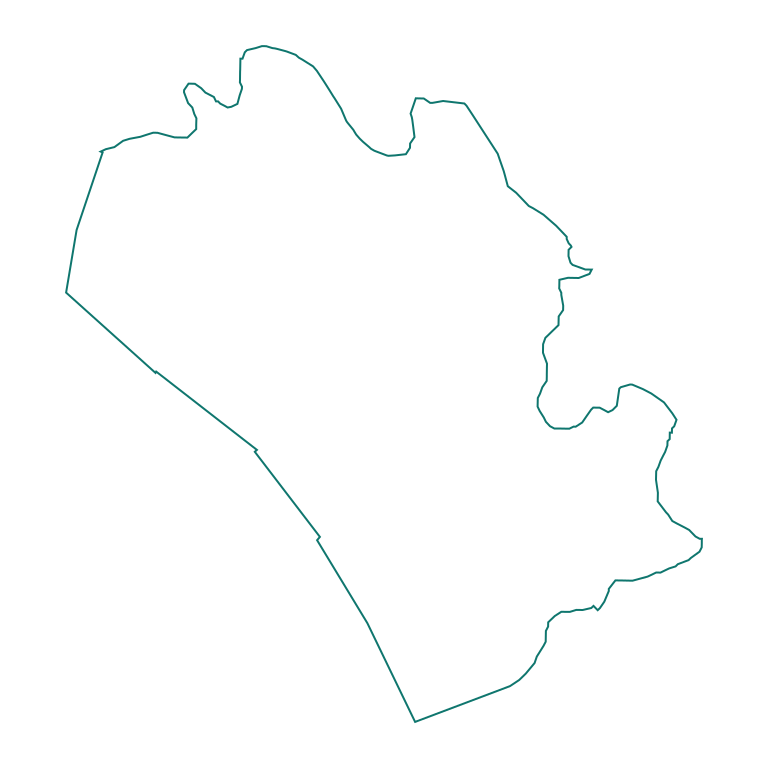 Guhayna Al-Gharbiyya, Suhaj, Egypt (Mercator projection)
{"feature_id": "37247803B67659065091710", "entity_name": "Guhayna Al-Gharbiyya", "entity_type": "district", "adm_level": 2, "iso_a3": "EGY", "parent_name": "Egypt", "parent_adm1": "Suhaj", "projection": "mercator", "projection_center": [31.495, 26.688], "detail": "fine", "context": "isolated", "style": "outline", "palette": "teal", "viewbox_px": 768, "rotation_deg": 0, "n_neighbors": 0, "source": "geoboundaries", "source_scale": "gbopen_adm2", "svg_char_len": 3274}
<svg xmlns="http://www.w3.org/2000/svg" viewBox="0 0 768 768"><path d="M571.5,246.9L570.8,245.5L568.7,243.3L566.7,239.0L566.7,236.8L564.6,234.6L560.4,230.2L558.3,228.0L556.2,225.8L548.5,219.1L543.6,214.8L533.0,208.2L528.8,206.0L516.2,192.8L510.2,188.1L507.8,186.2L505.0,175.7L503.7,171.0L499.9,160.1L497.7,153.7L472.5,114.8L466.5,105.7L464.4,103.5L443.1,101.0L432.3,102.9L430.2,102.9L423.8,98.5L419.1,98.4L415.8,98.3L415.1,100.4L412.9,106.9L410.6,113.6L411.8,117.2L412.3,119.9L413.2,126.7L414.5,137.1L410.1,143.5L410.0,147.8L405.9,154.2L395.0,155.4L390.2,155.7L388.5,155.8L386.9,155.5L375.8,151.3L374.3,150.7L371.0,148.8L369.2,147.1L363.0,141.8L359.7,138.6L356.2,134.6L354.3,131.5L353.4,129.9L347.7,122.9L346.8,121.7L346.1,120.5L341.1,108.7L334.4,98.0L333.3,96.4L329.6,90.4L325.5,83.9L323.7,81.1L317.7,72.1L317.0,71.0L313.1,66.4L306.6,62.3L302.5,59.7L298.9,57.7L295.8,54.9L291.8,53.4L287.0,51.6L285.4,51.1L277.1,48.9L274.9,48.4L272.4,48.1L266.3,46.2L262.0,46.1L255.6,48.1L247.0,50.1L244.8,52.3L242.5,58.7L240.4,58.7L240.2,69.4L240.1,71.6L240.0,80.2L239.9,82.4L242.0,86.7L241.9,88.9L239.7,95.3L237.4,103.9L231.3,106.8L227.6,107.5L224.5,105.8L220.2,103.6L218.1,101.4L216.0,101.4L213.9,97.0L205.4,92.6L201.2,88.2L194.9,83.8L191.6,83.7L188.5,83.7L184.1,90.1L184.0,92.2L188.1,103.1L192.3,107.5L194.3,114.0L196.4,118.3L196.2,124.8L196.2,129.1L191.8,133.3L187.4,137.6L183.1,137.5L181.0,137.5L174.6,137.4L166.0,135.1L157.5,132.8L153.2,132.7L146.8,134.7L140.3,136.8L129.6,138.8L123.1,140.8L114.4,147.1L105.8,149.2L100.7,151.6L102.6,152.5L76.6,230.0L66.1,292.6L155.5,372.9L156.2,371.6L256.9,449.9L254.8,451.8L319.9,536.9L317.1,540.2L367.4,623.2L415.1,721.9L510.0,686.1L519.2,680.0L525.8,673.6L534.6,663.0L536.8,656.6L543.5,645.9L545.7,641.7L545.9,630.9L548.1,626.6L548.2,622.3L554.8,616.0L561.3,611.8L569.8,611.9L576.3,609.9L582.7,610.0L587.8,608.8L591.3,608.0L593.5,605.9L597.7,610.2L599.9,608.1L604.3,601.7L608.8,591.0L608.8,588.9L615.4,580.4L622.8,580.5L632.5,580.7L647.6,576.6L651.9,574.6L656.2,572.5L660.5,572.6L664.8,570.5L669.2,568.4L675.6,566.4L677.8,564.2L680.7,563.1L688.6,560.1L690.8,558.0L699.5,551.7L701.7,547.4L701.8,543.1L701.8,540.2L701.9,538.8L699.7,538.8L695.5,536.5L691.3,532.2L689.2,530.0L685.0,527.7L676.5,523.3L672.3,521.0L668.1,514.5L666.0,512.3L657.7,501.4L657.9,492.8L656.0,479.8L656.2,471.2L658.4,466.9L660.7,460.5L662.2,457.6L663.2,455.6L665.1,452.0L667.4,445.5L667.5,441.2L669.7,439.1L669.8,432.6L671.9,432.7L672.0,428.4L674.2,426.3L676.5,419.8L672.3,413.3L664.0,402.4L651.3,393.5L647.1,391.3L642.9,389.1L632.2,384.6L630.1,384.5L620.8,387.2L619.3,388.6L616.8,405.8L612.5,410.1L608.1,412.2L603.9,409.9L599.7,407.7L593.2,407.6L591.1,409.7L586.6,416.1L582.2,422.5L575.7,426.7L573.6,426.6L569.3,428.7L562.8,428.6L558.6,428.5L554.3,428.5L550.0,426.2L545.9,421.8L543.8,417.5L539.7,411.0L537.6,406.6L537.7,402.3L537.8,398.0L540.0,393.7L542.3,387.3L546.7,380.9L546.8,376.6L546.8,374.4L546.9,368.0L547.0,363.7L543.0,352.8L543.0,350.7L543.1,344.2L545.4,337.8L547.6,335.7L552.0,331.4L558.5,325.1L558.7,316.4L563.1,310.1L563.2,305.7L561.3,294.9L561.3,292.8L559.2,288.4L559.3,286.3L559.4,279.8L568.0,277.8L578.7,278.0L589.5,273.9L591.7,269.6L585.3,269.5L572.6,264.9L570.5,262.7L568.5,256.2L568.6,249.8L571.5,246.9Z" fill="none" stroke="#0f766e" stroke-width="2"/></svg>